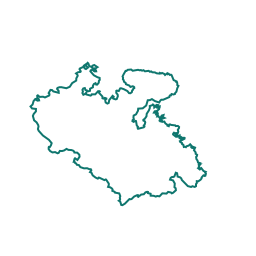 map outline of Madhya Pradesh (Robinson projection), rotated 41°
{"feature_id": "IND-3261", "entity_name": "Madhya Pradesh", "entity_type": "State", "adm_level": 1, "iso_a3": "IND", "parent_name": "India", "parent_adm1": "", "projection": "robinson", "projection_center": [78.282, 23.967], "detail": "fine", "context": "isolated", "style": "outline", "palette": "teal", "viewbox_px": 256, "rotation_deg": 41, "n_neighbors": 0, "source": "natural_earth", "source_scale": "10m", "svg_char_len": 5854}
<svg xmlns="http://www.w3.org/2000/svg" viewBox="0 0 256 256"><g transform="rotate(41 128 128)"><path d="M126.2,59.5L131.0,61.9L134.0,61.0L134.3,61.5L134.7,61.2L135.7,61.8L137.1,63.3L138.4,63.1L139.1,65.7L140.7,68.8L140.7,71.0L141.1,71.6L140.3,72.9L138.6,73.8L139.0,75.2L138.3,75.8L138.3,76.4L138.9,77.5L136.0,83.6L134.6,84.8L134.4,86.0L134.8,88.3L130.7,90.0L127.1,90.5L126.3,92.5L124.7,94.1L127.0,99.1L126.2,103.5L123.0,106.7L124.2,108.4L125.1,112.4L124.1,114.9L125.2,116.5L126.7,117.6L126.3,118.9L126.8,119.9L128.2,119.7L129.0,117.7L129.5,117.5L132.9,120.3L134.8,120.6L135.1,121.6L136.1,122.0L139.4,117.2L139.5,116.2L138.2,115.7L138.4,114.6L137.3,112.4L136.4,111.9L134.7,112.3L134.2,111.7L134.6,110.0L134.3,107.1L132.8,105.0L132.2,101.0L131.3,98.5L130.0,97.1L131.4,94.8L131.4,93.9L132.9,93.9L134.4,95.3L134.8,93.5L134.3,92.6L134.4,91.8L135.5,91.1L135.9,93.4L136.6,93.6L136.9,93.3L137.0,91.7L137.7,90.8L138.3,91.6L138.1,93.1L139.0,93.1L139.1,93.4L138.6,96.3L137.2,97.9L137.5,99.4L139.6,97.9L139.9,96.9L140.9,97.5L140.2,98.5L140.4,99.4L142.1,98.9L142.5,100.1L143.4,99.2L145.6,99.7L145.8,99.1L145.3,96.5L146.3,94.9L146.5,95.3L145.8,96.9L146.2,97.8L147.2,96.9L148.9,96.5L146.8,100.1L146.7,101.2L147.0,101.8L147.9,101.8L148.0,100.2L148.8,100.2L149.3,101.0L149.7,101.0L151.2,99.3L153.1,100.0L155.5,99.8L156.2,100.4L157.6,99.9L156.9,98.3L157.3,97.7L158.5,97.4L162.0,95.0L162.8,95.2L164.3,93.7L165.9,93.7L166.5,94.6L166.8,96.7L168.4,97.8L168.9,99.1L166.5,101.4L165.8,101.4L165.8,102.6L166.3,103.3L168.6,103.2L168.6,102.0L169.5,103.1L170.0,103.1L170.7,102.4L169.9,101.8L169.6,100.8L171.4,101.0L171.8,99.9L173.3,101.8L174.9,101.6L175.0,101.1L173.8,100.0L176.1,99.7L176.6,98.6L177.3,98.4L177.7,99.1L175.8,103.9L176.7,104.3L178.6,103.9L179.5,104.7L180.7,104.3L182.6,105.7L183.3,104.8L184.3,104.5L184.2,103.3L185.4,101.4L185.6,99.5L188.0,99.8L188.1,100.9L189.1,101.1L190.2,100.5L189.3,99.6L191.5,98.8L192.4,101.5L195.0,102.0L196.0,103.1L197.8,102.9L198.4,104.0L198.4,105.2L200.1,106.6L201.7,106.9L203.5,108.1L205.3,107.3L205.3,109.1L205.8,109.3L206.4,108.5L206.4,110.3L207.6,110.8L207.3,112.3L209.4,112.2L209.7,110.2L213.2,110.9L215.5,110.1L215.6,111.1L216.8,111.4L217.7,113.3L217.3,113.9L216.3,113.8L216.0,114.2L216.0,117.1L216.6,117.8L216.7,119.4L216.0,122.2L214.8,123.0L216.1,124.5L216.1,125.7L217.5,127.3L217.0,128.7L214.8,129.7L214.3,131.1L211.3,132.6L202.7,131.9L201.3,131.1L199.9,131.0L197.3,132.1L194.7,129.9L193.4,130.4L194.8,134.2L194.2,135.5L193.4,136.0L192.9,137.6L193.6,139.4L196.3,138.0L199.7,139.2L201.9,142.2L203.5,142.2L205.0,143.6L204.5,147.4L203.9,148.6L202.7,148.5L200.2,149.9L200.1,152.2L196.8,154.8L196.6,158.9L194.6,160.2L194.0,161.5L191.9,162.3L189.5,164.2L188.2,162.8L185.7,164.1L185.0,163.2L184.3,163.6L183.4,165.1L183.4,167.6L181.6,169.6L181.3,171.5L180.7,171.9L181.0,173.1L180.5,173.3L179.6,172.2L179.0,172.6L177.6,175.7L177.3,179.3L176.6,180.2L175.7,180.7L175.3,187.1L174.4,189.9L173.4,190.5L170.5,188.7L168.8,188.9L169.1,187.7L168.8,186.9L167.4,185.8L166.9,184.5L164.3,183.1L160.6,185.3L159.8,184.9L157.4,185.7L156.7,184.5L155.6,184.2L153.6,184.4L151.6,185.5L150.9,183.6L150.0,182.6L145.3,181.3L144.9,181.5L144.4,182.8L139.0,184.3L138.4,184.7L138.6,185.6L138.3,186.1L135.9,186.7L132.4,186.9L129.7,185.7L128.3,186.2L128.0,183.9L127.0,183.5L125.9,184.4L123.5,185.2L121.3,187.3L117.7,188.8L115.3,188.2L113.5,189.3L112.1,188.8L110.7,189.1L109.7,188.4L109.2,189.0L107.9,186.4L107.9,185.6L110.8,185.3L110.3,181.5L108.8,180.1L105.9,179.9L103.6,181.7L102.7,181.1L101.4,181.1L99.7,181.8L97.4,183.6L95.3,184.1L94.5,186.9L93.3,188.7L91.6,190.0L92.0,192.3L91.4,193.3L88.8,194.0L87.0,196.0L84.4,196.5L82.0,196.0L80.8,194.6L80.7,194.2L81.5,193.7L81.2,191.6L80.3,189.5L76.1,188.8L68.7,189.5L62.4,188.7L60.7,187.9L59.5,185.6L58.3,184.7L55.3,183.7L52.1,183.8L48.3,181.3L47.6,179.2L47.6,175.9L46.0,174.0L42.8,176.2L40.3,175.7L40.6,172.9L39.1,169.7L39.0,167.0L39.5,166.3L40.5,167.0L41.8,166.7L42.8,165.5L41.8,164.8L39.8,164.7L38.3,163.2L38.5,162.5L40.9,162.5L43.4,160.1L45.3,159.4L47.2,155.1L46.5,153.9L45.2,153.7L44.5,150.1L45.8,149.2L47.6,149.4L52.6,146.9L51.3,145.5L48.8,145.0L48.5,144.0L49.5,142.2L50.8,141.0L55.4,138.4L57.0,135.1L56.4,130.7L57.8,126.2L56.4,124.4L55.8,121.6L54.8,121.0L53.0,120.9L53.7,118.7L55.3,116.9L55.1,116.2L52.8,115.4L52.6,114.8L54.1,111.4L53.8,109.9L54.1,108.7L54.6,110.0L56.1,111.5L57.6,111.1L58.1,108.8L55.1,108.3L54.8,105.3L55.7,105.3L58.4,106.8L59.5,106.0L60.5,106.0L60.4,104.1L61.2,102.6L65.0,102.1L64.5,103.6L65.0,105.1L63.6,105.1L63.5,105.6L64.6,106.2L66.4,105.8L66.8,106.1L65.7,107.2L64.6,107.4L62.3,106.1L62.8,107.8L62.0,108.9L62.4,109.9L67.6,110.6L71.7,109.7L73.7,108.8L75.1,110.2L75.1,111.5L76.2,113.0L76.3,115.4L75.5,116.1L74.1,115.5L73.4,117.2L73.8,119.1L74.8,120.3L73.6,123.2L74.9,124.9L73.3,127.2L72.3,126.6L71.1,127.3L69.2,126.2L68.3,127.5L68.6,129.1L70.2,130.2L70.6,131.5L72.5,132.2L73.2,130.6L73.3,129.2L74.6,130.0L78.5,128.1L78.8,127.3L78.5,126.4L81.2,124.1L81.3,119.8L82.4,118.9L82.7,118.9L82.7,119.9L83.2,120.5L88.1,121.0L89.2,122.3L90.1,122.0L90.7,120.5L92.3,119.9L92.6,120.2L92.1,121.5L92.5,121.9L94.4,123.4L96.4,123.1L97.0,121.8L95.5,119.2L95.3,113.8L96.7,113.8L97.1,115.4L97.6,115.5L99.9,114.5L100.5,113.5L99.5,110.7L98.3,109.6L96.1,109.2L94.8,107.6L95.0,107.1L96.8,106.1L96.1,103.3L96.6,102.6L99.2,101.5L103.3,100.5L105.9,101.0L107.0,100.2L107.4,98.5L106.5,96.9L106.7,95.9L106.2,94.8L106.6,93.8L105.9,93.1L105.0,93.1L104.1,93.5L102.9,95.4L101.2,95.1L97.7,96.3L96.6,95.5L94.6,95.7L93.3,94.7L92.2,94.6L91.2,93.2L90.1,92.7L89.5,90.5L88.7,86.5L89.4,85.9L89.6,84.3L92.0,81.8L94.0,81.7L97.4,77.5L99.1,76.7L99.7,75.8L101.0,75.5L101.8,74.2L103.6,74.1L106.1,71.3L107.7,71.2L108.3,70.1L109.8,70.0L111.8,68.4L113.8,67.9L116.2,66.2L115.9,65.5L117.2,65.1L117.6,64.1L119.9,63.4L121.2,63.7L121.7,61.0L122.7,61.3L123.0,60.4L124.8,60.5L125.4,59.6L126.2,59.5Z" fill="none" stroke="#0f766e" stroke-width="2"/></g></svg>